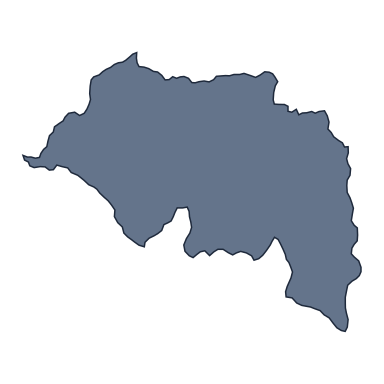 the district of Ingaí, Minas Gerais, Brazil
{"feature_id": "56859067B52529568172767", "entity_name": "Ingaí", "entity_type": "district", "adm_level": 2, "iso_a3": "BRA", "parent_name": "Brazil", "parent_adm1": "Minas Gerais", "projection": "natural_earth1", "projection_center": [-44.929, -21.424], "detail": "fine", "context": "isolated", "style": "filled", "palette": "slate", "viewbox_px": 384, "rotation_deg": 0, "n_neighbors": 0, "source": "geoboundaries", "source_scale": "gbopen_adm2", "svg_char_len": 2851}
<svg xmlns="http://www.w3.org/2000/svg" viewBox="0 0 384 384"><path d="M53.4,169.7L56.8,165.1L62.0,166.6L67.7,167.9L71.2,172.5L77.8,175.3L83.8,180.1L88.7,184.7L93.9,187.0L96.9,189.2L99.8,193.1L104.3,197.4L108.1,200.7L111.5,205.0L114.9,210.0L114.4,216.6L117.8,222.7L122.3,226.9L123.9,233.1L127.7,236.9L131.7,239.8L134.8,242.2L139.0,245.2L144.3,246.8L145.0,242.3L149.1,238.2L154.2,235.7L158.0,233.4L161.7,230.5L163.9,224.6L167.7,222.9L171.1,221.0L173.3,216.6L174.9,212.5L177.2,207.9L182.7,207.9L187.2,207.1L189.1,211.4L189.5,216.8L190.8,222.0L191.6,227.4L189.9,233.0L186.4,238.6L183.8,245.0L185.0,251.3L189.3,255.8L193.1,257.6L196.9,254.4L200.3,251.8L204.8,250.8L209.6,255.6L213.9,251.8L217.9,249.3L223.1,249.3L228.3,252.7L232.7,254.9L236.4,252.9L240.7,251.4L246.4,252.9L251.6,255.8L254.0,260.2L258.7,258.7L262.7,255.3L266.3,250.7L270.3,244.9L272.0,241.4L274.5,237.3L278.1,239.4L280.5,243.9L283.0,249.1L285.3,254.4L286.4,259.4L288.9,262.5L290.6,266.7L292.5,272.0L291.0,277.9L289.1,282.2L287.2,286.5L285.6,291.7L286.1,296.9L292.1,297.9L296.7,303.0L301.8,305.4L307.1,306.4L310.5,307.0L314.5,308.6L320.1,310.6L324.2,314.9L329.2,317.9L333.3,323.4L336.9,327.8L341.3,330.5L345.2,331.4L347.3,327.1L348.1,319.6L346.4,313.1L345.4,308.0L345.3,303.4L345.3,297.2L346.5,291.0L347.7,285.2L352.1,281.1L356.3,278.6L359.3,275.6L361.0,271.7L361.0,267.3L358.7,260.9L354.2,257.0L351.3,253.8L351.9,248.2L354.2,244.3L357.2,240.9L357.6,235.1L357.3,227.9L354.2,225.3L351.3,220.7L352.3,214.4L353.4,208.2L351.7,202.6L350.0,197.8L347.2,192.5L346.8,185.5L347.2,180.1L350.0,175.3L350.6,168.6L347.9,163.7L346.6,158.6L348.3,152.9L348.1,146.7L344.5,147.0L342.4,142.8L338.6,140.5L333.7,136.8L331.2,132.5L327.9,129.0L329.0,122.1L327.3,115.9L324.5,110.8L319.1,111.5L315.2,113.2L311.7,111.5L306.6,112.8L302.4,113.0L298.8,114.8L296.3,109.3L291.8,112.2L288.0,111.3L288.0,106.3L284.4,104.5L278.7,104.4L274.3,104.1L273.2,99.9L273.7,92.6L275.3,85.8L277.7,81.7L274.9,77.0L272.6,73.8L269.2,72.2L264.7,71.8L260.2,75.0L255.6,77.4L250.6,75.6L244.0,73.4L239.7,74.5L233.9,74.5L229.5,75.8L225.5,75.6L221.5,75.9L216.4,76.3L213.6,79.7L209.1,81.9L204.1,81.0L199.0,81.7L195.2,82.8L191.8,82.6L188.5,78.3L184.0,76.5L180.2,76.9L176.6,78.3L172.7,76.7L169.2,79.6L165.1,79.9L161.8,75.4L157.6,72.0L153.4,71.4L148.7,68.6L144.0,67.1L139.0,66.6L137.1,62.8L136.4,58.2L136.7,52.6L132.7,54.2L129.5,57.1L125.7,60.3L122.5,62.2L118.3,62.8L114.3,64.5L110.6,67.4L106.3,69.3L102.8,71.6L99.2,74.9L93.7,76.9L91.2,79.9L90.2,86.0L89.7,93.6L90.5,99.5L89.1,104.2L87.0,109.0L84.2,113.3L79.6,115.5L74.7,112.2L68.6,113.3L65.0,117.2L63.1,120.9L59.3,123.4L54.5,126.8L53.3,132.0L49.5,135.6L48.0,141.0L46.8,146.7L43.6,149.4L40.9,153.4L39.5,157.4L35.4,158.2L31.0,157.0L27.5,157.1L23.0,155.4L24.6,160.1L28.4,162.0L29.8,165.8L34.1,167.6L40.2,166.6L45.1,166.9L49.3,170.1L53.4,169.7Z" fill="#64748b" stroke="#1e293b" stroke-width="1.5"/></svg>